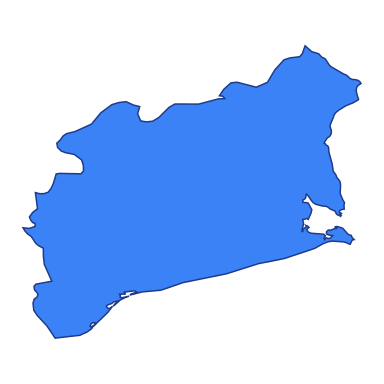 West Pomeranian, Natural Earth projection, rotated 180°
{"feature_id": "POL-3142", "entity_name": "West Pomeranian", "entity_type": "Voivodeship", "adm_level": 1, "iso_a3": "POL", "parent_name": "Poland", "parent_adm1": "", "projection": "natural_earth1", "projection_center": [15.248, 53.587], "detail": "fine", "context": "isolated", "style": "filled", "palette": "blue", "viewbox_px": 384, "rotation_deg": 180, "n_neighbors": 0, "source": "natural_earth", "source_scale": "10m", "svg_char_len": 3551}
<svg xmlns="http://www.w3.org/2000/svg" viewBox="0 0 384 384"><g transform="rotate(180 192 192)"><path d="M78.9,338.2L72.2,332.3L65.3,330.2L62.0,326.6L59.8,325.8L58.6,324.9L54.6,318.8L52.8,317.2L40.6,310.1L37.4,308.8L33.7,305.3L31.3,304.5L28.8,304.4L26.4,303.8L24.4,302.6L23.0,300.5L26.1,298.4L27.3,296.6L27.8,293.8L27.6,292.0L26.2,286.7L25.5,285.2L25.5,284.3L31.1,281.1L38.2,278.2L45.0,274.0L48.5,271.2L50.1,268.5L50.4,267.2L53.9,258.9L53.7,256.7L53.0,254.6L52.6,252.2L52.9,250.2L53.8,248.4L54.9,247.1L56.1,246.6L57.0,245.6L60.0,241.1L58.5,240.0L58.1,239.2L56.3,238.0L55.6,237.1L55.3,235.6L55.2,232.9L55.0,231.7L54.3,228.9L51.9,220.3L50.7,212.6L48.3,209.5L47.1,206.4L44.3,203.1L43.5,200.1L43.5,196.8L43.8,191.4L43.6,189.9L41.2,184.2L39.5,181.3L40.0,179.0L39.8,174.9L41.0,174.8L43.0,174.1L44.6,173.0L44.7,171.8L42.7,170.7L43.8,170.2L44.2,169.7L43.8,169.2L42.7,168.7L43.4,167.6L44.5,168.4L46.1,169.0L47.5,169.8L48.8,172.7L50.5,173.6L53.6,174.8L55.9,176.7L57.2,177.5L62.2,178.1L68.4,179.8L70.5,181.1L72.3,183.0L76.1,188.5L77.4,189.9L78.0,189.4L78.1,187.1L78.6,185.7L79.6,184.8L81.2,183.8L81.1,183.3L81.1,182.7L81.2,181.8L80.0,181.5L77.0,181.3L75.7,180.8L72.2,174.3L72.9,171.0L75.8,164.6L77.1,165.5L78.2,165.2L79.5,164.7L81.3,164.6L80.5,160.9L80.9,157.9L81.7,155.3L82.1,152.5L81.3,152.5L81.0,154.3L80.1,155.4L77.4,157.5L78.1,158.6L77.1,158.2L76.3,157.8L75.6,157.3L75.0,156.5L75.6,156.1L76.6,155.1L77.4,154.5L75.8,152.0L73.1,150.8L60.3,149.8L58.6,148.3L60.0,145.5L59.6,145.2L59.3,144.4L58.2,145.9L57.3,146.1L56.3,145.7L54.9,145.5L53.9,145.8L53.1,146.5L52.4,147.4L51.4,148.4L54.8,148.9L56.7,149.5L57.6,150.5L57.4,152.3L56.2,153.6L54.7,154.1L53.7,153.5L50.6,155.0L49.0,155.4L47.3,155.5L47.3,156.5L48.9,157.0L48.8,157.3L47.3,157.5L46.3,157.4L44.4,156.7L43.1,156.5L41.2,155.6L35.7,149.5L33.0,148.6L32.7,148.6L31.8,146.3L29.8,144.4L30.9,144.2L31.9,143.7L33.8,139.7L35.7,140.3L37.0,141.1L40.5,142.1L51.9,142.9L56.4,142.1L60.9,140.3L69.1,135.7L99.5,125.5L125.7,120.3L157.6,110.2L178.3,106.0L200.9,101.4L223.1,93.8L241.6,92.1L254.2,88.9L252.8,90.0L247.1,91.9L249.6,93.2L259.7,91.9L259.7,91.0L258.9,91.0L258.9,89.9L264.4,89.9L264.3,89.2L264.2,89.1L263.6,88.9L263.8,86.5L261.2,86.4L254.9,87.9L258.9,86.4L263.6,84.1L270.7,77.8L269.2,80.0L266.7,82.0L265.7,83.1L266.7,82.9L268.8,82.5L270.6,82.0L272.2,80.5L276.2,79.1L277.7,77.8L276.3,75.7L274.0,75.7L273.0,76.6L271.4,77.8L276.2,71.6L289.4,58.8L289.4,59.7L288.8,61.1L289.9,61.5L291.8,61.0L293.2,59.7L293.9,57.7L293.3,57.1L291.8,57.6L290.1,58.8L292.4,55.3L296.4,52.3L304.1,48.7L328.0,46.0L328.8,45.8L329.0,46.1L337.1,58.1L346.6,68.3L350.2,73.7L351.0,80.8L349.9,84.7L346.9,87.1L346.0,89.7L347.3,91.8L349.5,94.1L350.0,97.7L348.2,99.8L332.2,102.8L339.7,119.6L340.6,127.7L340.7,135.8L345.6,138.4L348.4,140.9L352.8,147.6L356.1,149.8L358.8,152.7L361.0,156.2L354.6,155.6L348.8,157.6L349.0,160.5L351.3,161.4L353.3,163.9L354.6,167.0L351.3,171.6L346.5,175.3L348.6,191.4L344.3,190.3L339.9,190.4L335.8,191.8L332.8,195.8L330.6,200.7L327.8,210.1L324.3,210.6L303.1,210.2L300.5,213.0L300.7,218.9L302.5,224.2L309.8,229.6L318.5,231.3L322.8,233.0L326.4,236.5L327.2,240.8L323.6,244.2L321.0,247.9L317.6,250.3L309.1,252.4L292.5,259.9L283.2,271.2L272.1,279.4L265.0,281.5L257.8,282.3L250.7,279.0L244.3,277.4L246.4,270.3L243.3,263.1L237.5,262.1L231.3,262.8L225.2,266.5L214.9,276.7L209.1,280.0L185.3,279.9L165.7,285.1L159.1,285.4L161.4,287.8L164.6,288.2L160.2,294.7L153.1,301.1L147.0,301.8L127.8,296.8L116.5,301.7L109.1,314.2L100.0,324.2L94.1,326.1L84.3,327.3L81.7,330.3L78.9,338.2Z" fill="#3b82f6" stroke="#1e3a8a" stroke-width="1.5"/></g></svg>